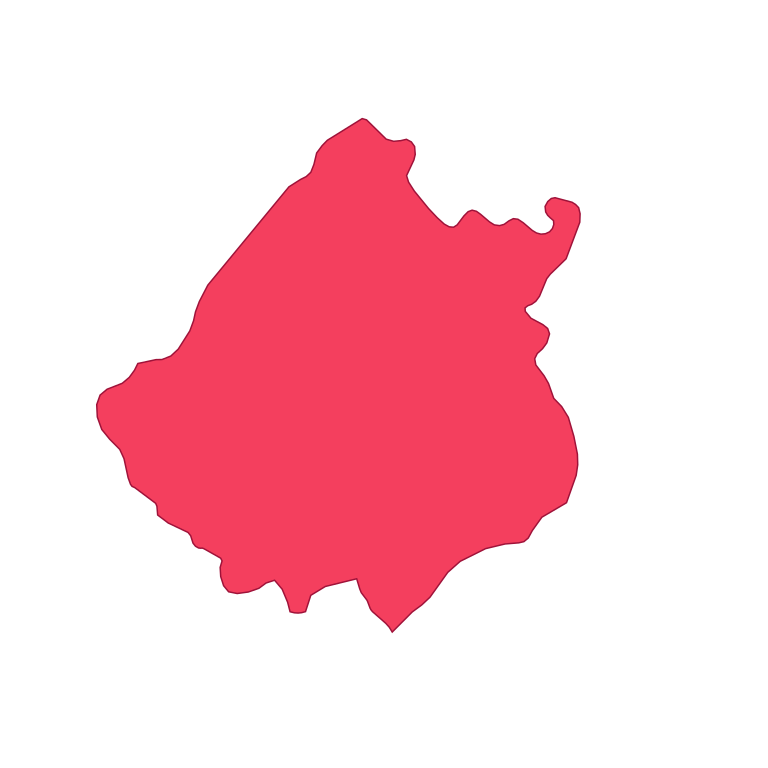 the border of Braila, rotated 128°
{"feature_id": "ROU-313", "entity_name": "Braila", "entity_type": "County", "adm_level": 1, "iso_a3": "ROU", "parent_name": "Romania", "parent_adm1": "", "projection": "natural_earth1", "projection_center": [27.608, 45.126], "detail": "fine", "context": "isolated", "style": "filled", "palette": "rose", "viewbox_px": 768, "rotation_deg": 128, "n_neighbors": 0, "source": "natural_earth", "source_scale": "10m", "svg_char_len": 2199}
<svg xmlns="http://www.w3.org/2000/svg" viewBox="0 0 768 768"><g transform="rotate(128 384 384)"><path d="M292.4,230.1L296.8,218.2L308.4,202.1L320.2,188.4L328.4,181.6L337.7,176.3L365.2,167.1L391.8,177.6L408.1,176.9L416.6,175.5L422.1,176.7L426.2,180.0L435.5,190.1L451.2,202.6L476.8,214.8L493.2,217.8L523.7,216.5L534.7,218.2L546.2,221.4L574.4,224.8L572.4,230.2L571.5,235.3L570.5,252.7L570.1,254.8L569.3,256.8L565.4,263.2L564.8,264.5L562.4,273.5L560.3,277.1L554.3,285.6L579.7,305.6L595.6,311.6L611.7,305.7L614.9,308.1L617.4,310.7L619.5,313.8L621.3,317.8L615.3,325.6L608.4,337.9L606.0,349.4L613.4,354.4L622.0,356.8L631.5,362.9L639.5,370.7L643.4,378.5L641.7,386.2L636.3,394.1L629.4,400.2L623.1,402.7L621.8,405.5L624.7,424.7L625.2,426.2L626.3,427.4L627.4,429.2L627.9,432.7L627.0,436.5L622.6,442.9L621.6,447.0L626.4,468.4L626.6,481.7L620.1,487.7L618.6,490.5L619.1,516.7L619.8,519.5L619.1,522.0L615.4,527.9L602.9,542.9L598.2,552.0L596.4,566.1L593.6,578.4L586.5,589.6L577.1,597.7L567.5,600.9L558.6,599.0L544.6,590.7L535.6,588.8L526.7,589.1L519.4,590.6L505.1,578.6L501.4,574.0L493.2,569.2L483.2,567.6L461.7,569.7L451.4,573.0L443.1,577.0L432.7,580.3L414.5,583.7L287.1,580.3L274.2,575.7L268.5,573.0L262.2,572.0L254.1,574.4L243.4,579.3L234.2,579.5L226.8,578.7L188.3,564.6L186.6,560.4L189.7,533.0L186.8,525.8L181.9,520.6L177.4,517.0L176.4,511.5L178.0,506.1L183.9,500.7L189.0,498.4L205.9,494.5L209.8,488.9L213.3,478.9L218.3,456.9L220.2,444.4L220.9,434.9L220.0,429.4L217.6,425.7L213.6,424.3L202.3,424.5L196.4,423.8L192.8,421.6L191.0,417.5L190.8,412.4L191.3,400.7L190.7,395.0L188.0,390.4L184.2,387.6L178.5,386.0L174.1,383.9L171.7,379.9L171.2,373.6L171.7,361.7L171.1,356.8L169.3,352.6L166.2,349.3L162.1,347.2L157.8,347.0L153.8,348.4L150.9,351.0L150.7,355.2L150.3,358.9L148.9,362.5L144.9,366.4L139.4,367.3L134.8,366.4L131.9,363.9L125.0,347.7L124.6,343.4L125.2,339.2L129.1,334.3L136.0,329.3L173.2,317.6L195.0,320.6L200.8,320.6L219.1,315.5L225.3,315.3L230.2,316.7L233.8,318.9L237.2,319.7L239.8,317.4L241.7,308.7L239.4,295.2L239.5,289.2L242.6,284.4L251.4,281.0L258.6,280.8L265.6,282.0L271.3,280.8L275.5,276.1L279.0,262.8L282.3,254.7L290.8,241.4L292.4,230.1Z" fill="#f43f5e" stroke="#9f1239" stroke-width="1.5"/></g></svg>